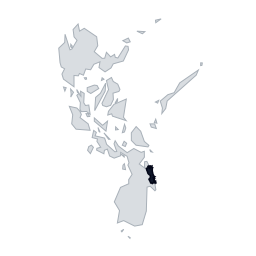 location of Zambales, Zambales, Philippines, rotated 182°
{"feature_id": "2640588B17055181338626", "entity_name": "Zambales", "entity_type": "district", "adm_level": 2, "iso_a3": "PHL", "parent_name": "Philippines", "parent_adm1": "Zambales", "projection": "mercator", "projection_center": [120.051, 15.306], "detail": "fine", "context": "in_parent", "style": "filled", "palette": "ink", "viewbox_px": 256, "rotation_deg": 182, "n_neighbors": 0, "source": "geoboundaries", "source_scale": "gbopen_adm2", "svg_char_len": 6422}
<svg xmlns="http://www.w3.org/2000/svg" viewBox="0 0 256 256"><g transform="rotate(182 128 128)"><path d="M117.9,30.2L129.1,35.3L135.3,32.7L133.6,45.2L139.1,53.7L133.4,68.4L125.3,72.3L125.5,76.4L122.3,81.8L126.8,90.9L125.8,93.3L127.9,99.7L134.5,103.4L134.4,100.0L140.8,97.4L145.4,99.4L147.9,106.2L150.8,104.9L151.2,101.4L158.6,104.8L158.4,106.6L154.6,107.8L158.6,113.6L158.1,116.0L163.5,117.2L162.2,124.4L159.5,122.5L160.6,119.0L151.0,117.1L148.8,110.9L140.3,103.8L138.4,104.1L141.4,111.7L140.4,114.8L137.0,109.7L128.0,103.3L121.5,107.7L114.0,104.1L110.9,105.3L110.6,99.4L115.5,92.4L110.1,88.7L110.2,94.9L108.0,95.3L105.1,90.1L102.6,89.2L98.0,67.3L98.9,66.2L103.8,70.6L106.9,69.6L106.8,45.6L110.4,31.9L117.9,30.2ZM183.4,167.3L194.2,174.6L195.9,179.6L193.4,185.0L196.8,186.7L198.2,190.9L200.0,205.4L194.2,211.3L194.2,219.5L188.7,204.1L186.7,205.1L182.0,213.8L185.1,217.2L186.3,224.5L181.5,230.2L179.8,223.1L175.2,226.1L162.5,218.1L161.1,209.2L164.4,203.1L156.3,196.7L153.7,196.9L152.2,202.9L147.8,198.5L144.0,201.1L143.2,198.2L140.6,197.6L133.5,209.9L130.8,209.6L130.2,206.1L135.0,194.8L145.0,191.6L147.1,187.4L152.9,183.3L159.1,187.4L158.3,193.2L164.3,190.5L167.4,184.9L172.3,185.5L174.4,179.2L178.4,180.8L179.5,178.4L183.8,178.6L183.4,167.3ZM151.2,174.7L146.3,177.9L144.4,174.0L139.8,171.5L137.4,166.3L138.4,164.2L144.2,162.3L143.6,156.0L146.1,150.1L150.2,148.5L154.0,149.6L154.9,151.7L148.8,165.7L151.2,174.7ZM179.9,125.0L184.4,130.2L183.7,139.3L187.4,147.6L179.8,146.2L176.8,143.2L175.1,139.9L176.3,136.7L168.0,130.8L165.8,124.4L179.9,125.0ZM130.1,135.3L143.9,139.3L144.8,141.6L148.7,140.2L148.1,144.0L142.9,151.1L130.7,156.9L132.9,138.6L130.1,135.3ZM77.9,174.9L59.7,188.4L61.7,183.2L89.8,156.4L91.0,148.8L94.7,143.6L94.3,149.1L96.7,156.0L89.3,162.7L83.1,164.9L77.9,174.9ZM107.4,109.8L119.4,111.1L124.2,115.7L124.5,123.3L119.9,129.7L115.2,125.2L111.2,115.1L106.5,111.4L107.4,109.8ZM170.0,143.1L175.3,142.7L176.7,145.2L176.5,151.7L180.3,158.9L178.5,160.7L176.1,158.0L176.7,163.1L173.0,161.1L173.1,151.7L171.3,149.0L168.0,149.6L166.3,140.2L170.0,143.1ZM151.9,172.0L152.1,164.1L161.9,144.2L161.4,157.5L156.8,161.7L151.9,172.0ZM170.2,166.9L163.2,169.7L160.4,169.4L158.6,166.4L166.4,161.2L170.0,163.2L170.2,166.9ZM149.9,124.1L161.9,133.6L162.0,136.9L153.5,129.8L148.7,134.2L149.9,124.1ZM166.6,108.0L164.0,109.6L161.9,107.5L164.7,101.1L167.6,104.3L166.6,108.0ZM136.2,215.1L130.8,217.9L128.8,214.2L132.2,213.0L136.2,215.1ZM99.7,128.5L104.8,129.7L106.1,132.9L101.5,133.0L99.7,128.5ZM130.1,109.4L133.1,110.6L131.4,114.6L128.8,112.7L130.1,109.4ZM116.9,222.7L122.5,225.1L114.5,224.9L116.9,222.7ZM186.7,164.9L183.7,161.8L186.3,156.9L186.0,159.9L186.7,164.9ZM133.5,123.1L131.6,131.5L130.2,128.0L131.4,123.9L133.5,123.1ZM103.9,234.2L104.3,236.7L98.7,238.2L103.9,234.2ZM131.9,86.8L131.7,90.6L130.4,92.2L129.0,86.3L131.9,86.8ZM141.9,152.3L139.4,157.2L139.4,154.4L141.9,152.3ZM101.9,134.4L100.6,137.8L99.3,133.8L101.9,134.4ZM170.5,140.9L168.6,141.0L166.7,138.2L169.0,137.9L170.5,140.9ZM140.4,125.6L140.4,128.7L137.7,126.1L140.4,125.6ZM193.9,166.7L191.2,166.1L192.4,162.7L193.9,166.7ZM147.0,116.0L151.9,122.3L145.7,116.1L147.0,116.0ZM101.5,154.9L98.3,156.7L99.2,153.9L101.5,154.9ZM156.2,174.6L155.6,177.3L153.7,175.9L156.2,174.6ZM157.0,123.7L158.0,127.5L155.7,122.7L157.0,123.7ZM57.6,195.7L56.0,195.6L56.3,193.2L57.6,192.9L57.6,195.7ZM173.4,176.7L171.3,176.8L171.1,175.4L172.4,175.1L173.4,176.7ZM188.1,209.7L186.6,208.0L187.0,206.3L188.1,207.1L188.1,209.7ZM104.6,105.1L105.5,107.2L102.9,104.8L104.6,105.1ZM179.8,161.9L180.6,164.7L178.3,161.3L179.8,161.9ZM131.2,24.8L128.7,26.6L130.5,24.0L131.2,24.8ZM134.0,101.6L130.7,99.9L130.8,98.8L134.0,101.6ZM122.2,17.8L124.3,19.8L122.0,18.5L122.2,17.8Z" fill="#d9dde1" stroke="#a8b0b8" stroke-width="1"/><path d="M108.3,88.1L108.1,87.5L107.9,87.4L107.7,87.2L107.7,86.2L107.5,85.7L106.9,85.2L106.7,84.8L106.9,84.3L106.4,83.2L105.6,82.4L103.9,81.2L104.0,80.0L104.2,78.8L104.7,77.9L105.3,77.6L104.6,76.2L104.2,75.6L104.1,75.4L103.8,74.9L103.7,74.6L103.6,74.2L103.3,74.0L103.2,74.0L102.9,74.0L102.9,73.9L102.7,74.0L102.7,73.9L102.4,73.8L102.3,73.7L102.2,73.7L102.0,73.4L101.9,73.3L101.7,73.3L101.6,73.5L101.6,73.8L101.4,73.9L101.4,74.0L101.2,74.1L101.1,74.3L100.8,74.3L100.7,74.2L100.6,74.3L100.5,74.2L100.3,74.3L100.3,74.2L100.1,74.3L99.9,74.3L99.7,74.2L99.8,74.4L99.9,74.9L100.0,74.9L100.0,75.0L99.9,75.2L99.7,75.2L99.6,75.3L99.4,75.4L99.5,75.6L99.8,75.9L99.8,75.7L99.8,75.9L99.9,76.0L100.0,75.9L100.4,76.1L100.4,76.3L100.4,76.5L100.2,76.7L100.3,76.8L100.1,77.2L99.9,77.2L100.0,77.4L100.1,77.5L100.2,77.9L100.1,78.0L100.3,78.2L100.2,78.1L100.3,78.0L100.5,77.9L100.6,78.0L100.4,78.2L100.6,78.3L100.6,78.5L100.8,78.8L100.9,79.0L100.7,79.0L100.6,79.3L100.3,79.5L100.2,79.5L100.0,79.3L100.0,79.2L99.9,79.2L100.0,79.3L99.9,79.4L99.9,79.5L100.0,79.8L100.1,80.0L99.9,80.0L99.7,80.2L99.8,80.2L99.9,80.3L100.0,80.3L99.9,80.5L100.0,80.6L100.2,80.8L100.5,80.9L100.6,81.1L100.7,81.3L100.8,81.4L100.9,81.5L100.9,81.8L101.2,82.2L101.6,82.7L101.6,82.8L101.6,83.0L101.8,83.9L102.1,85.2L102.1,85.3L102.3,85.8L102.3,86.0L102.2,86.3L102.3,86.5L102.4,86.8L102.4,87.1L102.2,87.8L102.3,88.1L102.3,88.4L102.2,88.5L102.3,88.7L102.4,88.8L102.5,89.0L102.4,89.1L102.5,89.1L102.6,89.3L102.6,89.5L102.8,89.6L103.0,89.6L102.9,89.8L102.7,90.0L102.7,90.3L102.8,90.2L103.0,90.2L103.0,90.3L103.1,90.2L103.3,90.3L103.4,90.5L103.2,90.5L103.3,90.7L103.5,90.7L103.7,90.8L103.8,90.9L104.1,90.9L104.1,90.7L104.3,90.6L104.4,90.3L104.4,90.2L104.5,89.9L104.6,89.6L104.6,89.2L104.4,89.0L104.5,88.9L104.7,88.7L104.7,88.8L104.7,88.7L104.8,88.8L104.8,88.7L104.8,88.8L104.9,89.0L105.0,89.0L105.3,89.2L105.4,89.3L105.4,89.5L105.7,89.8L105.7,89.7L105.8,89.6L105.8,89.8L105.7,90.1L105.6,89.9L105.4,90.0L105.3,89.9L105.4,90.0L105.2,90.1L105.3,90.1L105.6,90.2L105.6,90.3L105.4,90.3L105.2,90.4L105.3,90.5L105.1,90.5L105.4,90.8L105.6,90.8L105.6,90.7L105.8,90.7L106.0,90.7L106.4,90.4L106.8,90.3L106.8,90.1L106.7,90.0L106.7,89.9L106.5,89.7L106.5,89.8L106.5,89.7L106.5,89.4L106.4,89.3L106.5,89.2L106.8,88.9L107.2,88.8L107.4,88.6L107.5,88.6L107.5,88.4L107.7,88.2L107.9,88.2L108.0,88.1L108.3,88.1L108.3,88.1ZM98.2,74.2L98.2,74.3L98.2,74.5L98.3,74.8L98.4,74.7L98.4,74.4L98.5,74.3L98.2,74.2ZM100.3,78.6L100.1,78.7L99.9,78.8L100.0,79.0L100.2,78.9L100.4,78.7L100.3,78.6ZM98.8,75.3L98.7,75.4L98.7,75.5L98.8,75.4L98.8,75.3ZM102.9,90.4L102.9,90.5L103.1,90.5L102.9,90.4ZM104.7,90.3L104.8,90.4L104.7,90.3Z" fill="#0f172a" stroke="#020617" stroke-width="1.5"/></g></svg>